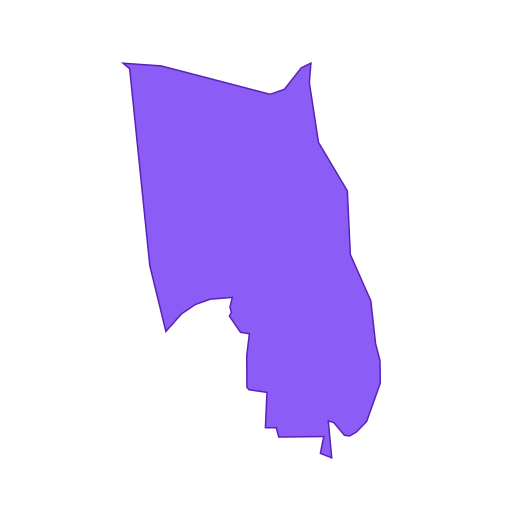 Palmerstown-Fonthill Lea-5, South Dublin, Ireland (Robinson projection), rotated 81°
{"feature_id": "5873133B26300601338838", "entity_name": "Palmerstown-Fonthill Lea-5", "entity_type": "district", "adm_level": 2, "iso_a3": "IRL", "parent_name": "Ireland", "parent_adm1": "South Dublin", "projection": "robinson", "projection_center": [-6.384, 53.348], "detail": "fine", "context": "isolated", "style": "filled", "palette": "violet", "viewbox_px": 512, "rotation_deg": 81, "n_neighbors": 0, "source": "geoboundaries", "source_scale": "gbopen_adm2", "svg_char_len": 678}
<svg xmlns="http://www.w3.org/2000/svg" viewBox="0 0 512 512"><g transform="rotate(81 256 256)"><path d="M467.2,212.8L430.2,210.4L432.7,205.2L446.9,196.7L448.4,191.7L445.6,184.5L436.7,172.6L401.0,153.1L378.7,149.9L361.3,151.6L318.3,149.6L269.3,162.6L206.0,155.6L153.6,176.5L93.1,176.2L74.1,171.6L77.2,181.8L95.8,201.9L98.5,216.8L53.4,319.9L44.8,357.1L51.3,351.5L248.9,362.4L316.4,356.8L301.4,338.5L294.4,323.5L291.5,307.8L293.2,285.9L302.3,289.7L308.0,289.2L311.2,291.7L329.0,283.2L331.7,274.7L352.8,280.7L384.4,285.5L387.1,283.7L392.4,266.5L427.1,273.6L428.8,262.9L438.4,261.8L444.9,217.3L461.0,223.3L467.2,212.8Z" fill="#8b5cf6" stroke="#5b21b6" stroke-width="1.5"/></g></svg>